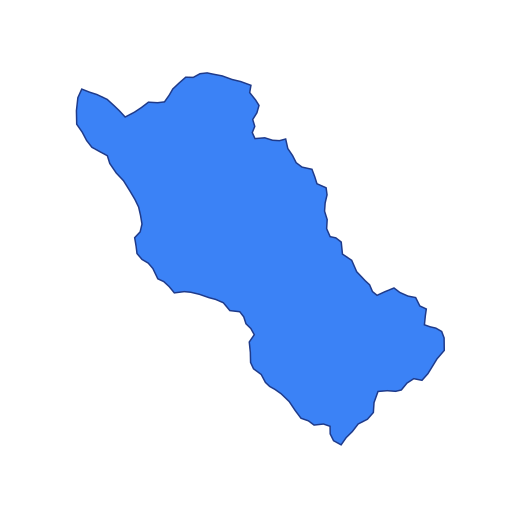 the district of Ibiam, Santa Catarina, Brazil, rotated 9°
{"feature_id": "56859067B57990833379238", "entity_name": "Ibiam", "entity_type": "district", "adm_level": 2, "iso_a3": "BRA", "parent_name": "Brazil", "parent_adm1": "Santa Catarina", "projection": "natural_earth1", "projection_center": [-51.214, -27.212], "detail": "fine", "context": "isolated", "style": "filled", "palette": "blue", "viewbox_px": 512, "rotation_deg": 9, "n_neighbors": 0, "source": "geoboundaries", "source_scale": "gbopen_adm2", "svg_char_len": 1919}
<svg xmlns="http://www.w3.org/2000/svg" viewBox="0 0 512 512"><g transform="rotate(9 256 256)"><path d="M456.7,319.8L454.6,307.5L451.2,301.5L444.9,299.1L439.0,298.7L433.1,297.6L432.6,288.5L432.5,281.7L425.6,279.7L420.2,272.1L412.3,271.8L403.7,269.5L397.3,266.0L388.9,271.1L381.7,275.9L376.6,272.9L372.7,266.7L367.8,263.4L357.9,255.8L351.2,245.3L341.1,240.6L338.0,228.9L332.0,225.6L326.2,225.3L321.5,218.0L320.6,208.9L316.7,201.0L316.0,192.9L316.6,184.5L314.6,177.7L304.9,175.1L301.6,168.5L297.7,161.6L287.5,161.0L281.1,157.6L276.4,151.1L270.6,144.9L267.0,135.8L261.2,138.4L254.3,139.1L246.2,137.9L236.6,140.2L233.0,134.7L234.5,128.2L231.4,121.7L234.5,114.4L235.4,106.8L231.2,102.0L224.2,95.6L224.3,88.2L213.6,86.1L204.7,85.4L194.4,83.4L185.1,83.1L179.1,82.8L172.2,84.7L166.1,89.4L158.6,90.4L152.9,97.3L147.7,104.0L145.1,110.8L141.5,118.1L134.8,120.0L125.7,120.9L119.7,127.2L113.4,133.0L105.0,139.2L98.4,134.0L92.1,129.6L84.5,124.6L73.6,121.4L65.8,120.2L57.8,118.4L55.3,127.5L55.9,140.6L58.3,153.9L65.0,160.9L70.7,168.5L76.9,174.3L86.3,177.7L93.5,180.2L97.1,187.5L105.0,195.9L113.4,202.4L121.3,211.5L127.6,219.1L132.4,226.0L135.5,233.7L138.4,242.3L137.8,250.3L133.3,256.9L136.1,265.3L138.1,272.2L143.9,277.2L150.7,279.9L156.1,284.5L162.6,293.9L168.9,295.7L174.9,299.7L181.1,305.2L190.7,302.4L197.1,302.0L206.2,302.7L216.1,304.5L223.0,305.2L231.1,307.3L238.7,314.0L248.7,313.6L253.4,318.0L256.7,324.5L262.2,328.4L266.6,334.0L262.8,342.0L265.5,352.1L267.3,362.0L271.2,367.8L279.7,372.2L285.1,379.4L289.9,382.7L295.6,384.8L302.5,388.2L311.6,394.6L318.8,402.4L325.8,409.2L333.5,410.6L339.8,413.9L348.9,411.4L355.8,412.6L357.1,420.1L361.5,426.3L369.6,429.2L373.5,421.2L378.6,414.3L383.2,405.9L391.6,399.8L396.4,392.2L395.5,382.3L397.7,370.7L406.7,368.5L415.1,367.8L420.5,365.6L425.0,357.9L431.0,352.5L439.4,352.8L444.2,345.3L447.6,337.2L450.9,329.2L456.7,319.8Z" fill="#3b82f6" stroke="#1e3a8a" stroke-width="1.5"/></g></svg>